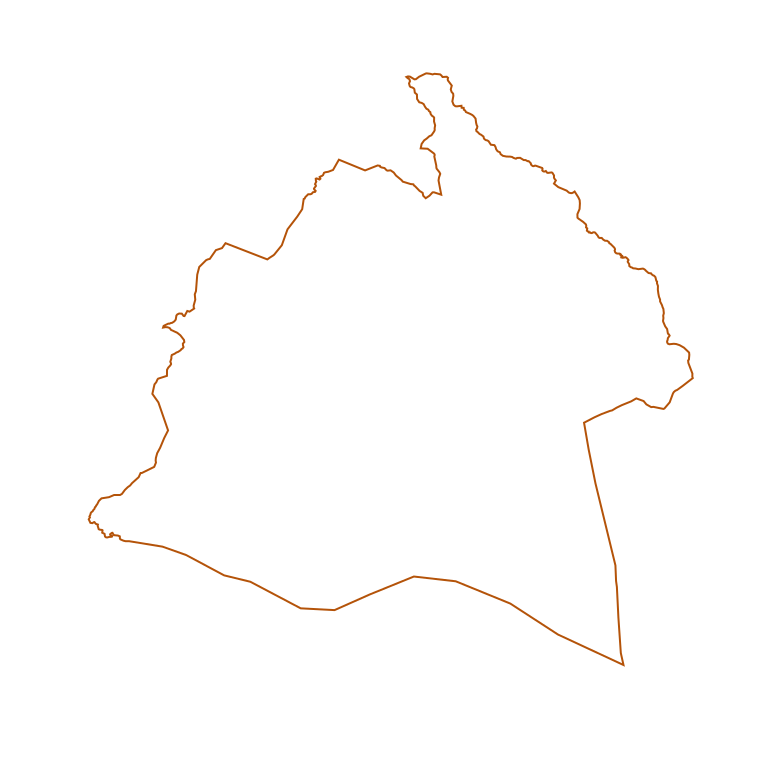 Obuasi Municipal, Ashanti, Ghana, rotated 84°
{"feature_id": "2480657B43720081643569", "entity_name": "Obuasi Municipal", "entity_type": "district", "adm_level": 2, "iso_a3": "GHA", "parent_name": "Ghana", "parent_adm1": "Ashanti", "projection": "natural_earth1", "projection_center": [-1.716, 6.191], "detail": "fine", "context": "isolated", "style": "outline", "palette": "amber", "viewbox_px": 768, "rotation_deg": 84, "n_neighbors": 0, "source": "geoboundaries", "source_scale": "gbopen_adm2", "svg_char_len": 6096}
<svg xmlns="http://www.w3.org/2000/svg" viewBox="0 0 768 768"><g transform="rotate(84 384 384)"><path d="M688.5,175.2L676.3,176.6L640.8,175.3L610.2,173.6L604.2,173.8L588.6,172.8L504.8,184.1L470.6,187.3L443.4,189.1L439.1,178.1L436.7,170.9L434.4,162.2L434.1,159.9L431.9,155.2L429.9,149.7L427.1,140.0L424.7,134.6L428.1,127.6L431.7,125.2L434.9,120.7L434.9,118.5L438.0,108.7L437.7,107.7L432.1,101.8L423.6,97.6L422.3,96.6L421.1,94.9L420.6,93.2L417.1,87.1L410.4,76.3L408.9,76.6L405.9,76.2L394.9,79.1L392.4,79.1L391.6,78.2L386.9,77.3L384.6,77.3L379.2,81.9L376.3,85.9L374.8,89.2L374.3,91.6L374.3,96.1L373.6,97.4L372.4,98.0L371.1,98.0L369.8,97.3L368.1,96.9L365.8,94.9L364.5,95.4L364.1,96.0L363.2,96.4L358.9,96.7L356.1,98.3L351.3,99.8L350.4,99.9L347.6,99.2L345.3,99.2L342.8,98.3L338.5,98.3L336.8,98.9L334.7,99.3L330.7,100.8L328.9,100.6L326.0,101.4L322.7,101.7L318.9,101.8L315.1,101.3L312.3,102.0L310.7,101.7L309.8,102.4L306.1,102.9L304.6,104.0L304.1,105.0L302.8,106.4L301.9,106.8L301.3,109.3L298.4,112.0L297.9,112.2L296.8,113.5L296.3,114.4L296.4,119.0L295.4,121.9L295.0,124.1L294.1,125.2L293.6,126.4L292.3,127.7L290.4,127.6L288.1,128.8L287.5,128.8L286.3,127.9L285.8,128.1L283.7,129.7L283.1,130.7L283.4,132.2L283.4,133.6L283.0,134.6L281.9,133.5L281.5,133.7L281.1,135.1L280.2,135.5L279.8,135.0L279.2,135.6L278.9,136.2L278.7,138.1L278.3,139.3L277.2,140.3L275.4,140.7L274.5,140.2L273.7,140.2L272.5,140.7L268.2,144.2L267.6,145.2L266.5,145.4L264.9,147.2L264.6,149.2L263.3,150.9L261.5,152.2L261.3,154.3L260.7,155.2L258.8,156.0L255.5,158.2L255.1,159.1L255.0,160.1L255.6,161.4L255.5,162.4L254.8,163.1L254.9,164.1L254.7,164.4L253.8,164.5L253.6,165.4L252.7,166.2L250.5,165.6L249.4,166.7L247.7,166.3L246.4,166.5L243.7,168.9L239.8,173.4L238.8,174.2L235.3,173.9L230.4,171.2L225.0,170.3L221.6,170.2L218.5,171.3L212.5,174.3L213.4,175.9L213.8,177.2L213.6,178.7L212.9,180.2L210.8,182.1L206.4,190.1L202.5,194.0L199.5,191.8L197.5,193.1L196.4,193.4L194.4,193.1L191.5,194.5L191.1,195.3L191.2,198.8L191.0,199.6L189.1,200.8L189.5,201.9L189.3,203.1L188.7,203.9L187.9,204.3L186.6,203.8L185.7,204.1L182.7,210.4L182.6,211.1L183.0,212.3L182.8,213.3L181.8,214.4L180.9,214.9L179.9,214.9L177.5,216.8L177.4,217.9L176.1,219.8L175.9,221.6L173.3,225.0L173.1,228.0L173.7,229.2L173.5,229.8L172.7,231.5L171.6,232.9L171.0,235.0L170.6,238.4L169.5,241.9L167.6,244.0L165.7,244.5L164.4,246.7L162.3,247.9L160.0,248.3L158.0,249.2L157.2,252.7L153.5,254.6L152.6,255.7L152.1,257.2L151.0,258.5L150.0,259.0L148.3,259.2L146.1,261.6L145.4,262.8L143.0,264.7L142.3,265.6L140.6,265.8L139.5,264.8L137.6,264.2L136.1,264.8L133.8,265.1L129.6,265.2L126.8,267.0L125.7,268.1L124.4,270.0L122.1,274.1L120.5,274.7L119.6,275.9L117.7,275.9L117.4,277.9L115.4,277.9L115.5,282.5L115.2,284.0L113.6,285.6L110.1,286.5L104.7,284.9L102.5,284.9L100.5,286.3L98.0,286.8L94.3,285.4L88.8,288.7L87.5,288.8L86.2,288.3L85.0,289.5L84.8,293.7L83.1,294.7L81.9,295.9L80.8,301.4L81.2,303.3L80.3,305.7L79.5,309.1L79.6,310.1L82.1,317.0L84.2,320.4L84.2,321.9L81.0,326.1L80.6,328.0L81.0,329.6L82.4,328.4L83.0,327.4L83.9,326.8L85.5,326.5L87.7,327.7L90.3,327.3L91.4,326.6L92.1,324.8L93.1,323.5L94.0,323.0L97.5,322.9L99.5,321.0L104.0,321.3L107.5,319.5L108.4,317.1L109.8,315.3L112.4,314.3L114.7,313.0L115.8,311.3L117.2,310.8L118.5,309.5L120.0,309.5L122.1,308.4L123.5,306.8L124.4,306.3L128.2,306.8L132.1,306.1L134.9,306.9L136.7,307.0L138.0,307.7L141.6,310.8L142.3,313.0L144.4,315.9L145.9,318.6L149.2,321.5L153.5,322.9L154.6,316.0L160.0,310.2L160.9,309.7L161.7,309.7L163.0,310.2L172.0,309.2L174.5,309.3L175.4,309.1L179.2,306.7L180.9,306.1L184.3,307.7L187.3,308.5L201.7,307.3L198.6,314.2L198.5,315.7L201.5,319.1L203.6,323.1L200.9,325.3L197.9,325.6L195.7,328.4L190.6,332.4L189.7,333.4L188.5,333.9L187.9,336.7L184.7,344.2L183.1,345.2L177.9,350.3L174.7,352.2L172.2,355.1L172.2,358.1L171.7,359.1L169.3,360.9L168.3,364.0L167.4,365.2L166.6,365.3L166.0,367.5L169.6,380.5L156.2,405.4L165.8,412.3L167.1,417.2L167.3,420.3L167.7,421.6L169.8,422.7L170.8,424.4L170.8,425.1L171.4,426.4L173.2,425.8L173.9,426.7L172.5,429.5L172.7,430.4L174.9,430.5L175.7,430.2L178.0,431.7L179.1,431.1L179.9,431.0L182.3,433.2L183.1,433.1L184.8,431.8L185.7,432.4L185.9,434.7L187.3,436.1L187.6,437.4L187.4,439.6L190.0,442.8L191.3,443.5L191.6,444.5L201.6,447.1L208.5,452.8L220.1,463.8L235.3,471.1L243.8,479.6L244.6,480.8L246.6,484.8L247.9,487.0L227.4,526.9L231.9,530.9L233.3,537.2L241.4,544.2L241.6,546.0L242.2,547.9L248.3,555.5L255.7,558.3L272.0,561.3L275.0,562.8L280.5,562.9L286.1,565.1L288.1,565.2L289.1,564.9L291.7,569.8L290.8,572.0L295.6,575.3L295.4,576.2L292.9,577.7L292.5,580.4L293.2,582.3L294.2,583.3L298.2,584.4L299.8,586.0L301.0,588.3L301.1,589.7L301.6,591.2L301.4,592.2L302.8,596.1L303.2,597.1L304.8,597.8L304.6,595.4L304.9,593.5L305.5,592.1L306.1,591.2L307.9,590.2L311.5,584.2L314.3,581.4L319.3,578.3L321.4,578.2L322.8,579.8L324.7,579.9L326.3,579.5L327.7,580.7L328.0,581.7L329.1,582.7L330.5,585.3L331.0,587.2L332.0,589.0L333.0,592.0L334.5,592.6L336.4,592.8L339.6,594.2L341.1,593.7L342.0,593.7L343.2,594.6L345.1,596.8L347.2,598.3L353.2,599.0L355.1,608.1L355.8,608.8L358.4,610.3L360.4,612.3L369.6,615.4L378.7,610.3L407.6,603.6L414.7,608.2L424.0,613.3L429.1,616.8L433.7,618.6L436.3,619.1L438.3,619.0L442.4,621.2L447.2,634.2L447.1,635.4L451.0,637.7L456.3,645.0L458.4,647.1L459.8,649.6L462.3,652.8L465.9,656.1L466.8,658.1L466.2,664.1L467.8,669.3L468.2,676.9L470.4,679.7L473.9,682.0L474.7,682.9L475.8,683.5L476.4,684.4L477.9,685.0L479.2,686.5L480.1,687.0L480.9,688.4L481.8,689.2L483.1,689.6L485.0,690.8L485.9,690.4L487.7,691.8L491.4,690.5L491.9,688.6L491.1,687.0L491.1,686.4L492.9,685.3L493.9,683.2L495.0,683.6L498.6,682.9L499.1,682.0L499.7,679.6L500.1,679.2L502.4,679.8L503.8,677.6L506.5,677.4L507.3,676.7L507.7,675.5L507.3,672.6L507.5,671.6L507.3,670.4L506.9,670.2L505.6,671.9L504.9,672.1L504.6,671.9L503.6,670.1L503.6,669.6L505.3,668.9L506.2,668.0L506.9,664.5L507.9,662.7L510.2,662.8L511.0,662.3L512.6,659.5L513.3,657.5L513.7,653.9L522.6,621.3L533.4,598.7L557.6,563.0L566.7,537.6L598.4,490.3L603.7,456.8L591.8,420.1L578.6,374.4L587.7,333.3L615.6,281.3L651.4,237.1L688.5,175.2Z" fill="none" stroke="#b45309" stroke-width="2"/></g></svg>